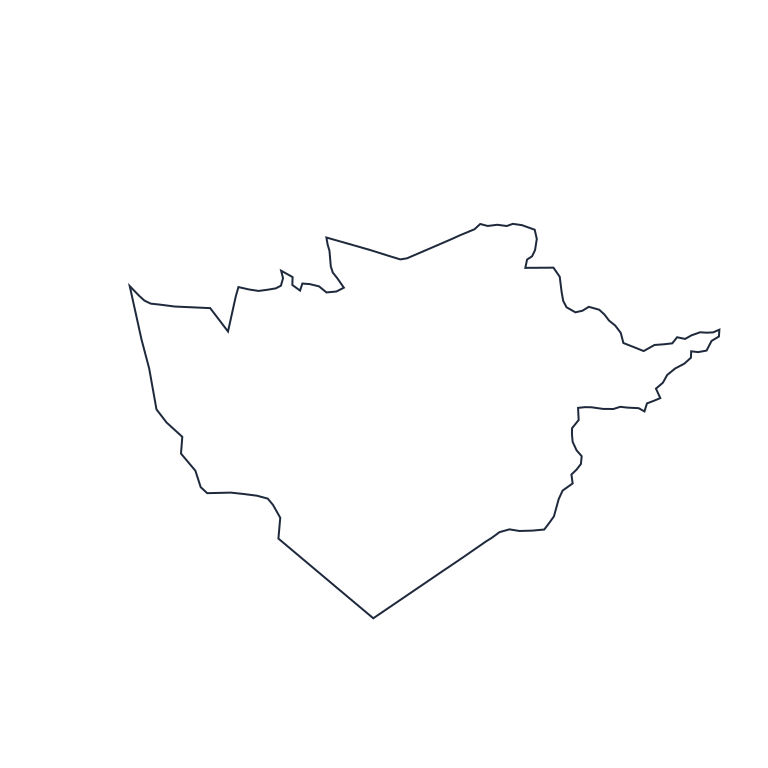 Capoeiras, Pernambuco, Brazil (Natural Earth projection), rotated 299°
{"feature_id": "56859067B97544685328252", "entity_name": "Capoeiras", "entity_type": "district", "adm_level": 2, "iso_a3": "BRA", "parent_name": "Brazil", "parent_adm1": "Pernambuco", "projection": "natural_earth1", "projection_center": [-36.564, -8.678], "detail": "fine", "context": "isolated", "style": "outline", "palette": "slate", "viewbox_px": 768, "rotation_deg": 299, "n_neighbors": 0, "source": "geoboundaries", "source_scale": "gbopen_adm2", "svg_char_len": 1870}
<svg xmlns="http://www.w3.org/2000/svg" viewBox="0 0 768 768"><g transform="rotate(299 384 384)"><path d="M486.3,625.1L494.5,623.4L500.2,628.2L505.6,632.5L511.8,624.1L520.4,627.3L529.2,627.3L538.7,631.1L547.4,636.8L555.8,639.7L561.5,636.8L564.2,643.3L569.6,649.9L580.5,649.6L587.9,653.9L594.1,651.0L588.6,646.7L585.3,641.3L582.5,635.4L575.6,629.3L569.4,625.5L567.0,617.7L559.3,616.4L554.2,609.2L549.3,601.7L538.7,595.1L537.5,585.5L535.9,573.5L543.5,566.3L547.2,557.9L548.6,550.0L551.7,543.0L553.3,536.2L550.8,525.7L544.4,522.1L539.5,516.7L539.6,506.5L543.5,500.5L550.5,494.8L563.0,485.7L567.9,475.8L554.1,451.3L562.2,448.8L567.5,451.6L574.3,451.2L585.0,447.3L592.0,441.0L589.8,427.6L586.5,419.0L581.7,414.8L578.2,405.9L572.5,398.1L570.6,390.6L563.2,388.1L551.5,378.8L543.3,372.7L505.1,343.2L500.9,337.9L498.4,326.2L494.5,307.1L484.2,262.6L478.6,267.1L474.1,271.7L461.0,280.5L456.6,285.2L453.9,291.8L448.8,302.2L441.8,297.5L436.2,289.3L437.9,279.8L435.4,270.7L432.3,263.9L425.0,265.3L426.2,255.8L433.2,252.2L433.2,239.1L427.6,244.4L420.0,246.2L415.2,243.0L410.1,236.6L404.6,229.2L401.3,220.3L398.2,209.7L388.7,211.9L354.3,222.1L366.1,195.2L350.3,163.4L344.9,149.8L341.2,141.0L340.8,134.0L342.4,127.2L346.4,114.1L305.4,150.3L283.6,171.2L251.5,197.3L244.9,212.5L240.0,233.2L224.7,240.2L216.7,261.1L204.9,273.7L202.8,282.3L214.7,302.6L219.6,314.2L224.7,327.0L227.4,337.9L224.5,345.4L216.7,358.1L197.6,366.6L182.4,444.4L173.9,488.2L248.2,525.7L269.6,536.6L295.5,549.4L301.8,552.9L310.4,556.8L317.7,564.2L321.1,573.7L327.8,585.0L334.4,594.7L342.0,595.8L350.6,596.8L368.0,592.6L377.4,591.9L388.5,597.2L395.7,591.8L402.4,593.9L409.5,595.0L416.7,591.9L419.4,584.5L424.9,577.0L431.1,572.8L436.5,569.9L446.9,571.7L457.2,565.3L461.2,571.0L464.3,576.9L468.5,587.9L473.4,596.8L478.6,601.7L481.3,608.2L486.3,618.4L486.3,625.1Z" fill="none" stroke="#1e293b" stroke-width="2"/></g></svg>